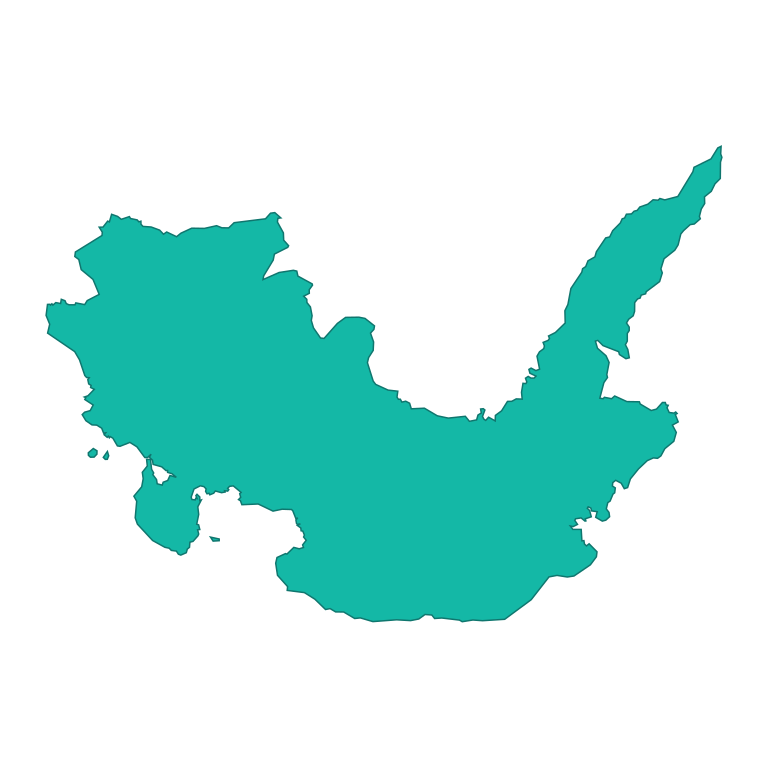 outline of Jeneponto, Sulawesi Selatan, Indonesia
{"feature_id": "22746128B64050318598962", "entity_name": "Jeneponto", "entity_type": "district", "adm_level": 2, "iso_a3": "IDN", "parent_name": "Indonesia", "parent_adm1": "Sulawesi Selatan", "projection": "mercator", "projection_center": [119.72, -5.545], "detail": "fine", "context": "isolated", "style": "filled", "palette": "teal", "viewbox_px": 768, "rotation_deg": 0, "n_neighbors": 0, "source": "geoboundaries", "source_scale": "gbopen_adm2", "svg_char_len": 6081}
<svg xmlns="http://www.w3.org/2000/svg" viewBox="0 0 768 768"><path d="M721.1,146.3L717.8,147.9L711.0,158.9L694.0,167.3L692.9,171.7L677.8,196.5L664.8,199.9L659.9,198.5L658.1,200.2L653.1,199.8L647.8,204.2L639.8,207.0L637.2,210.4L634.1,211.2L631.5,213.9L626.4,214.2L624.6,218.0L622.2,218.8L620.3,223.0L612.7,230.7L609.7,236.9L605.7,237.9L596.4,251.7L594.9,256.9L588.0,260.8L585.7,266.6L582.6,268.7L581.8,272.2L570.9,288.5L567.9,304.5L564.9,310.7L565.2,323.0L555.4,332.5L548.5,336.0L549.5,338.4L548.1,340.4L543.1,342.4L544.4,345.9L543.8,348.6L539.5,351.8L537.0,356.2L539.6,369.2L535.9,370.6L531.1,368.1L528.9,369.4L529.9,373.2L536.0,376.1L534.1,378.1L531.0,378.1L528.2,376.4L525.5,378.2L526.8,382.0L525.9,383.6L523.0,383.3L521.5,392.3L522.2,399.1L516.2,398.9L511.8,401.3L507.5,401.4L501.6,410.8L495.4,415.4L495.2,420.9L488.6,417.2L485.7,420.4L484.0,419.3L482.5,416.5L484.9,410.0L483.3,408.7L480.6,409.0L481.3,413.0L478.0,415.0L476.6,419.9L469.4,421.3L465.3,416.3L448.3,418.1L437.3,415.8L424.4,408.2L411.3,408.8L409.6,403.2L405.7,401.2L401.9,402.1L400.3,399.2L398.4,399.3L397.0,397.1L397.8,391.2L388.1,390.1L375.7,384.4L373.2,381.1L367.4,362.7L368.6,357.6L373.2,350.4L373.6,342.0L370.5,333.1L373.9,329.4L374.5,325.9L365.0,318.4L358.9,317.2L345.6,317.4L337.4,323.4L324.1,338.4L320.5,338.0L313.5,327.9L311.3,320.4L312.1,315.8L310.4,306.9L306.9,302.5L306.8,299.3L303.7,296.2L309.3,293.3L309.2,289.8L312.5,285.2L312.2,283.9L297.9,276.1L296.8,271.1L293.4,270.3L279.1,272.5L263.0,279.6L263.7,275.8L273.2,260.1L274.4,254.1L287.8,247.3L288.6,245.7L283.7,240.2L283.4,232.9L277.4,222.0L277.9,218.3L280.8,217.9L274.8,212.6L270.5,213.2L265.5,218.8L234.1,222.7L228.7,227.9L221.9,227.8L216.6,225.7L204.4,228.4L191.7,228.2L180.9,233.2L176.6,236.7L166.7,232.0L163.5,234.2L159.6,230.1L151.2,227.0L142.9,226.4L141.0,224.2L140.9,221.2L138.8,221.8L137.2,219.9L130.5,218.5L129.4,216.6L121.3,219.3L117.6,216.4L111.6,214.3L109.4,221.9L107.7,221.1L103.0,227.1L99.2,227.2L102.3,232.2L102.0,235.5L75.4,252.0L74.8,256.5L78.8,259.5L81.2,269.6L93.0,279.4L99.2,294.4L87.2,300.6L84.7,304.6L75.8,302.9L75.0,304.8L69.0,304.8L66.3,303.6L65.0,300.7L61.3,299.3L60.6,303.5L55.8,302.6L52.9,305.1L51.9,303.8L50.5,305.1L49.9,304.3L47.5,304.4L46.1,315.4L49.7,324.2L47.6,333.1L74.7,351.6L79.5,359.8L84.8,375.5L86.6,377.5L89.2,377.7L87.8,379.6L88.7,383.9L91.1,385.4L90.6,387.5L94.3,389.3L87.9,395.8L84.4,397.0L85.8,397.7L84.8,399.5L93.2,405.0L90.2,410.6L84.6,412.2L82.2,414.6L85.9,420.7L92.0,424.9L96.7,425.1L101.7,428.2L103.6,433.1L105.7,432.8L104.1,434.7L107.2,437.3L108.3,436.1L109.3,437.8L110.2,436.6L112.9,438.2L117.4,445.9L120.0,446.3L129.9,442.4L136.9,446.8L144.8,457.5L147.6,457.5L151.1,454.2L149.4,457.2L152.5,460.2L153.1,464.4L161.7,466.8L166.0,470.6L167.6,470.5L167.6,472.4L172.0,473.7L176.3,477.3L170.0,475.5L167.7,480.5L163.2,482.2L162.2,485.1L157.2,483.8L156.5,479.5L152.8,474.6L153.7,473.0L151.6,469.3L150.5,459.4L146.6,459.4L147.3,466.0L142.3,472.3L143.2,478.7L141.7,486.8L133.9,496.2L136.7,501.2L135.2,517.8L137.4,524.1L152.6,540.5L164.9,547.3L169.2,548.2L171.3,550.4L176.4,551.1L178.4,554.2L180.8,555.1L186.3,552.7L187.3,549.1L189.5,547.3L189.9,542.2L193.0,541.4L197.9,535.9L198.7,534.0L197.6,529.8L199.8,529.5L198.6,524.8L196.7,524.2L198.7,514.4L197.8,506.8L201.3,500.0L199.8,500.5L199.8,497.0L197.0,494.3L195.9,495.6L197.1,498.6L195.7,498.3L195.2,499.9L191.9,499.5L191.2,497.1L194.0,489.0L200.3,485.8L203.9,486.6L206.1,488.9L205.6,491.4L207.0,493.8L209.1,493.3L209.8,494.8L213.7,493.2L215.3,491.0L221.6,492.7L225.1,492.0L224.6,490.7L227.7,491.1L228.8,489.7L227.6,488.4L229.6,486.3L233.3,485.9L241.1,492.4L239.7,493.7L240.7,497.3L238.5,499.6L240.4,500.7L241.9,504.7L258.2,504.0L273.0,511.1L282.2,509.2L291.5,509.5L292.8,510.8L295.9,518.7L297.7,517.8L295.9,520.0L296.5,523.4L297.3,524.4L300.4,523.8L297.3,525.4L300.8,528.0L301.1,530.8L302.8,531.1L304.4,535.1L303.6,537.0L306.2,540.3L302.6,544.9L303.5,547.5L299.2,548.8L293.8,547.4L286.9,554.1L285.5,553.6L277.0,557.5L275.7,563.2L277.5,575.3L287.6,586.6L287.2,590.4L304.4,592.6L314.9,599.2L325.5,609.5L330.1,608.6L335.6,611.9L343.7,612.0L354.7,618.5L360.3,617.9L372.9,621.6L396.6,619.8L410.6,620.6L418.8,619.0L425.0,614.5L431.8,615.0L434.6,618.5L441.7,618.0L459.5,620.1L462.2,621.7L472.9,620.0L482.5,620.7L504.7,619.3L531.2,599.7L549.0,576.9L557.0,575.4L567.3,577.0L574.0,576.0L590.4,564.8L596.4,556.8L597.0,551.8L589.1,543.8L586.5,545.9L584.5,544.1L583.9,540.6L581.9,540.8L581.2,529.4L572.8,529.4L570.3,526.0L573.1,526.6L577.5,524.4L574.8,520.4L575.5,518.8L581.1,517.9L585.0,521.1L585.9,520.9L585.2,518.8L591.3,516.8L589.6,510.5L587.3,508.3L588.2,506.8L590.9,508.1L591.6,510.9L597.2,511.7L595.7,517.3L602.3,521.1L605.8,520.2L609.6,516.7L609.0,512.4L606.3,508.9L607.8,502.6L610.1,501.1L613.0,494.1L614.7,492.8L615.3,487.9L612.4,486.0L612.8,482.6L615.7,480.3L621.2,483.2L624.3,488.7L627.6,487.6L630.4,478.9L638.5,468.9L647.3,460.6L653.4,457.9L657.6,458.3L660.9,455.9L664.8,448.7L673.8,441.3L676.3,432.4L672.4,425.1L678.2,421.9L675.3,414.5L677.1,413.5L675.7,412.0L674.0,413.1L669.2,412.5L667.0,407.8L668.2,405.3L666.1,404.9L665.3,402.5L662.4,402.5L656.5,409.1L651.2,410.5L640.2,404.0L639.4,401.8L626.9,401.6L614.7,396.0L611.6,398.7L604.4,397.3L603.2,398.7L599.8,398.2L603.9,382.6L607.5,377.5L606.8,374.6L609.1,362.5L606.0,355.7L597.5,348.3L595.4,341.1L597.8,340.4L603.0,345.6L618.7,351.7L619.4,354.5L625.9,358.7L629.3,357.8L627.8,349.5L625.4,344.7L627.3,341.1L627.3,333.4L629.2,330.6L629.2,327.1L626.5,323.0L628.6,319.3L633.2,315.8L634.6,311.3L634.7,302.6L637.6,298.9L640.1,298.1L641.2,295.1L645.6,293.8L646.2,291.7L659.6,281.6L662.3,272.9L660.9,268.9L664.0,258.8L674.8,250.2L678.1,244.9L680.8,234.0L683.6,230.6L690.2,224.6L694.3,224.0L700.3,218.8L699.4,216.4L701.3,209.0L704.7,203.5L704.5,196.8L711.3,191.3L715.0,183.8L720.3,178.5L720.5,162.1L721.9,157.3L720.7,154.0L721.1,146.3ZM93.3,448.5L88.3,452.8L88.4,455.3L90.4,457.2L94.1,457.1L96.9,454.2L97.0,450.8L93.3,448.5ZM107.3,459.3L108.7,455.8L107.4,451.5L103.3,457.4L105.3,459.4L107.3,459.3ZM219.2,539.0L210.5,537.1L213.1,541.1L219.2,540.7L219.2,539.0Z" fill="#14b8a6" stroke="#0f766e" stroke-width="1.5"/></svg>